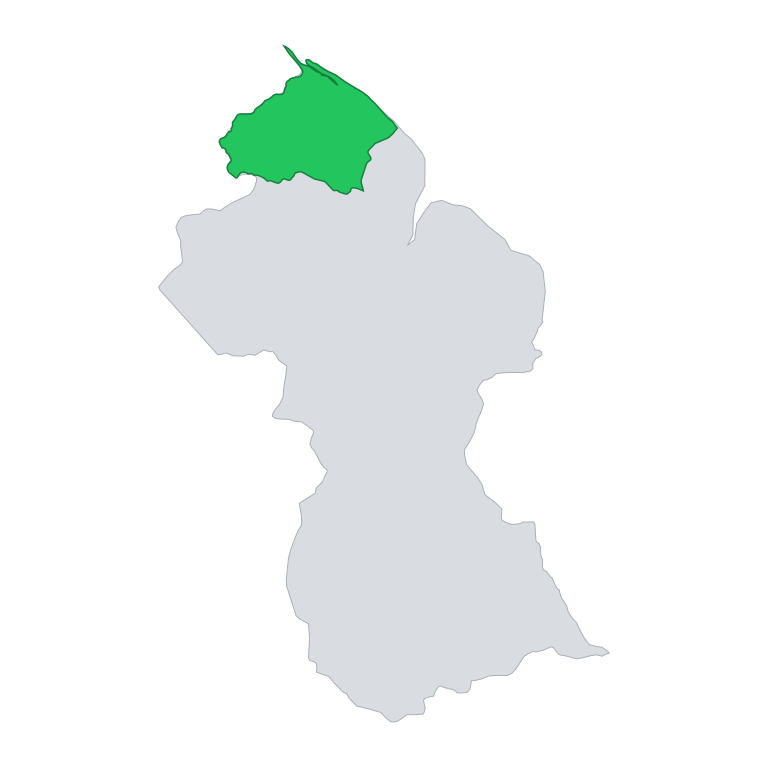 Barima-Waini on a map of Guyana (orthographic projection)
{"feature_id": "GUY-675", "entity_name": "Barima-Waini", "entity_type": "Region", "adm_level": 1, "iso_a3": "GUY", "parent_name": "Guyana", "parent_adm1": "", "projection": "orthographic", "projection_center": [-59.909, 7.754], "detail": "fine", "context": "in_parent", "style": "filled", "palette": "green", "viewbox_px": 768, "rotation_deg": 0, "n_neighbors": 0, "source": "natural_earth", "source_scale": "10m", "svg_char_len": 6372}
<svg xmlns="http://www.w3.org/2000/svg" viewBox="0 0 768 768"><path d="M217.9,354.9L198.5,333.2L179.1,311.4L159.9,289.9L158.6,286.9L166.7,276.8L173.9,269.5L179.9,265.3L182.7,261.7L180.6,245.9L180.7,240.3L177.9,234.1L175.9,227.2L178.3,221.5L181.2,217.5L185.0,215.9L193.9,214.5L200.2,214.0L202.5,211.7L206.2,209.0L211.0,208.9L220.4,210.8L224.7,207.3L232.4,202.6L249.9,194.5L253.8,189.2L256.6,181.0L256.3,177.2L254.5,175.7L250.2,174.3L243.5,174.1L238.2,176.2L232.7,175.1L228.2,170.0L227.9,165.8L230.6,159.9L229.1,156.0L220.4,143.5L220.4,140.1L226.7,134.5L230.3,129.8L235.3,118.4L239.2,114.6L251.3,113.3L254.4,110.9L260.6,104.9L269.8,98.0L283.1,92.5L286.9,82.5L289.2,79.8L299.8,74.6L301.6,71.8L301.4,69.3L284.4,46.9L287.8,48.4L300.9,63.0L308.2,66.2L309.7,66.3L309.8,62.5L316.4,64.1L333.7,74.0L358.9,90.5L394.4,121.7L404.5,133.5L411.3,139.1L421.9,152.7L425.0,159.3L424.8,185.8L415.5,203.7L413.3,217.2L412.8,235.1L407.4,245.4L414.6,239.8L416.8,223.6L422.9,213.8L430.9,203.0L441.5,200.3L453.0,204.9L462.2,205.7L470.4,208.8L487.8,226.0L504.8,239.5L511.0,250.4L529.0,255.8L539.6,264.4L543.1,271.8L545.3,291.3L542.0,320.8L542.9,322.3L538.1,328.1L537.2,331.8L534.1,338.4L531.7,342.0L535.3,350.1L539.3,350.4L540.9,351.5L541.9,353.1L541.7,354.8L540.1,356.3L536.3,358.3L532.6,363.1L533.0,368.3L530.7,371.0L523.2,372.4L508.7,372.5L501.5,372.9L495.8,373.8L492.1,377.2L487.3,379.6L483.6,380.2L480.3,384.1L477.0,389.6L478.1,393.4L481.5,398.4L483.6,403.6L481.0,412.0L478.1,418.5L476.4,423.4L474.1,432.9L468.6,443.3L464.6,449.3L464.6,455.7L466.6,464.9L478.1,478.2L481.9,484.5L485.0,494.7L495.4,502.7L501.9,509.2L501.3,517.8L502.2,520.5L506.2,522.6L511.1,524.3L516.5,524.1L521.3,523.4L522.5,522.1L533.7,521.9L534.9,524.1L535.6,536.4L536.1,541.4L538.7,543.4L540.3,546.5L540.4,549.3L541.0,556.2L542.6,559.8L542.4,567.2L543.5,569.9L546.6,571.7L550.6,577.0L552.0,577.7L552.8,579.5L556.2,587.0L557.9,589.3L559.1,589.6L559.6,592.2L562.0,599.2L563.6,601.0L566.8,606.1L568.1,611.7L572.2,618.1L576.4,622.5L578.4,627.1L583.8,637.3L589.0,644.5L596.1,646.3L602.0,647.3L605.7,650.0L609.4,653.0L605.4,654.4L602.0,656.2L597.1,654.8L590.4,655.7L583.3,657.7L576.9,658.8L564.7,655.7L560.9,655.2L558.4,653.9L553.3,647.5L550.9,646.8L544.4,649.8L536.5,651.9L532.7,651.6L528.1,653.7L523.9,656.6L515.9,669.0L511.7,673.4L507.2,675.5L498.3,675.4L488.7,675.9L481.6,679.0L474.9,680.5L471.5,680.7L470.4,687.5L468.9,690.7L466.8,692.5L461.6,693.0L456.9,692.8L454.0,690.0L448.8,688.6L444.1,687.6L441.1,686.0L438.6,686.4L436.6,689.3L435.0,691.7L433.6,696.1L426.5,697.6L423.4,700.1L425.2,708.4L424.4,711.7L422.9,714.2L414.3,714.7L407.0,714.6L402.8,717.7L397.6,721.2L394.4,721.9L390.6,721.7L385.6,717.6L380.9,712.5L368.7,708.9L356.7,706.0L348.8,697.9L346.9,693.9L343.2,692.2L333.8,682.6L328.7,676.4L323.1,674.7L316.6,672.2L316.9,667.7L316.4,663.4L313.7,661.6L309.8,660.5L308.4,658.0L308.8,652.4L309.5,637.8L308.5,623.8L299.8,619.0L296.1,615.7L289.5,595.0L286.5,585.7L286.3,578.8L288.5,558.1L290.9,549.2L297.6,531.3L301.5,525.2L301.7,520.7L301.3,514.8L299.3,503.3L310.6,496.1L315.4,493.0L316.2,488.2L322.3,482.0L325.0,476.1L327.2,471.5L326.6,469.1L323.9,467.7L320.8,463.3L314.3,450.7L311.9,448.2L310.0,444.6L311.0,439.0L313.5,433.0L313.2,430.4L309.3,427.2L301.3,421.7L294.6,421.3L289.4,419.4L281.8,419.1L275.8,418.5L272.3,416.4L273.0,413.1L274.5,410.5L279.6,404.2L283.0,397.4L283.5,390.8L284.5,382.0L286.0,374.5L286.8,365.9L278.8,360.3L276.3,355.7L272.9,351.6L269.3,351.6L263.8,349.8L255.2,355.2L248.5,354.2L243.8,356.2L233.1,355.8L226.3,353.1L217.9,354.9Z" fill="#d9dde1" stroke="#a8b0b8" stroke-width="1"/><path d="M279.8,94.5L281.8,94.4L283.3,93.5L284.2,91.9L285.0,88.2L286.1,86.8L286.2,85.8L286.0,84.7L286.0,83.4L286.6,81.9L289.0,80.1L289.9,79.0L291.5,78.3L296.1,77.2L297.9,77.1L299.8,76.5L301.6,74.9L302.7,72.9L302.8,71.0L299.2,65.0L289.7,54.4L284.1,46.1L285.9,46.9L288.9,48.9L292.2,52.2L297.4,60.1L300.8,63.5L303.4,64.8L307.8,66.0L310.1,67.2L315.1,70.8L317.7,72.2L320.4,72.8L321.3,74.2L321.4,74.4L321.6,75.2L321.9,75.3L322.5,75.3L327.6,76.3L328.3,77.0L329.5,78.4L337.6,85.4L335.5,82.0L332.3,78.9L328.5,76.4L321.7,73.6L313.3,67.7L307.8,64.7L307.0,63.7L305.9,61.2L306.1,60.0L308.3,59.6L309.8,60.3L313.0,62.9L316.7,64.0L318.5,65.2L321.4,67.7L327.4,71.3L335.8,75.1L345.4,82.1L362.1,92.0L367.6,96.1L369.0,97.4L370.3,99.1L375.2,103.7L387.7,117.7L392.4,121.4L395.1,125.3L397.3,128.1L392.8,133.7L389.3,137.0L387.4,138.2L376.3,142.9L375.0,143.6L369.5,149.3L368.5,150.6L367.9,151.7L368.0,152.4L368.1,153.1L368.4,153.8L370.2,156.5L370.5,157.2L370.8,157.9L370.8,158.6L370.7,159.5L370.1,160.3L367.7,162.1L367.0,162.9L366.5,163.7L361.4,179.2L361.2,180.5L361.2,181.8L361.3,183.1L363.2,189.9L363.3,190.9L358.3,188.7L354.2,187.8L353.5,187.7L352.8,187.8L351.8,188.2L351.3,188.6L351.0,189.0L350.8,189.5L350.5,191.2L350.2,191.6L349.1,192.4L347.2,194.0L346.1,194.0L344.8,193.8L339.3,192.0L338.0,190.9L337.4,190.6L336.8,190.4L334.2,190.6L333.4,190.3L332.9,189.9L325.4,182.1L324.7,181.6L324.1,181.3L314.6,179.0L301.4,171.8L300.5,171.7L299.2,171.9L296.4,172.6L295.3,173.1L294.7,173.7L294.5,174.2L294.1,175.4L293.7,176.0L292.5,177.2L292.0,177.8L291.1,179.1L290.5,179.7L289.9,180.1L289.1,180.3L288.2,180.2L284.6,178.9L283.2,179.1L282.4,179.6L281.9,180.1L281.5,180.6L281.1,181.2L280.5,181.9L279.8,182.4L279.2,182.9L278.6,183.1L278.0,183.2L274.8,182.4L271.9,181.1L270.3,180.7L269.3,180.7L268.0,181.1L267.3,181.0L266.6,180.5L264.5,178.5L261.6,176.8L258.3,175.5L256.8,175.1L255.3,175.2L254.2,175.4L253.1,174.2L252.0,173.6L250.8,173.5L249.3,173.8L248.0,173.7L247.0,173.2L246.1,172.6L244.9,172.1L242.6,172.1L240.6,172.8L239.2,174.3L237.1,177.9L235.9,177.9L229.6,172.9L228.6,171.9L227.3,169.1L227.2,166.4L228.4,163.9L230.6,161.9L231.0,161.2L231.2,160.6L231.2,159.8L231.1,159.1L230.3,157.8L229.2,155.3L228.6,154.1L227.9,153.6L227.1,153.2L226.4,152.8L226.0,151.9L226.0,151.1L226.1,150.5L226.1,150.0L225.7,149.3L224.5,148.4L223.2,148.1L222.0,147.7L219.9,143.8L219.4,142.5L219.3,141.1L220.6,138.7L224.8,137.3L226.2,135.6L227.5,133.2L228.4,132.0L229.0,131.5L230.3,131.8L231.1,131.1L231.5,129.9L231.3,128.6L232.7,126.1L232.7,125.1L232.4,123.3L232.5,122.5L232.9,121.7L235.0,119.2L236.8,115.8L238.1,114.6L240.1,113.9L247.8,114.1L251.8,113.7L254.1,112.0L254.8,109.9L256.8,108.0L261.2,105.0L261.6,104.7L262.9,103.5L263.9,102.0L264.9,100.7L269.3,99.0L270.9,97.7L272.4,96.2L274.2,94.8L276.2,94.2L279.8,94.5Z" fill="#22c55e" stroke="#15803d" stroke-width="1.5"/></svg>